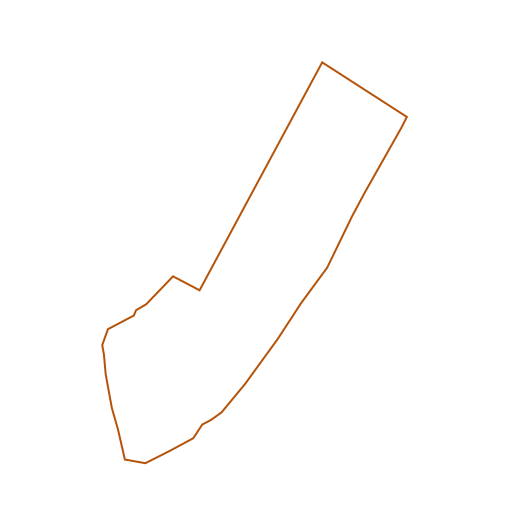 Hauma, Tuvalu, rotated 253°
{"feature_id": "33948139B82290381825110", "entity_name": "Hauma", "entity_type": "district", "adm_level": 2, "iso_a3": "TUV", "parent_name": "Tuvalu", "parent_adm1": "", "projection": "orthographic", "projection_center": [176.112, -5.671], "detail": "fine", "context": "isolated", "style": "outline", "palette": "amber", "viewbox_px": 512, "rotation_deg": 253, "n_neighbors": 0, "source": "geoboundaries", "source_scale": "gbopen_adm2", "svg_char_len": 491}
<svg xmlns="http://www.w3.org/2000/svg" viewBox="0 0 512 512"><g transform="rotate(253 256 256)"><path d="M239.7,192.0L260.8,170.7L242.0,137.0L239.2,125.4L234.8,121.8L229.3,93.0L215.7,82.9L205.8,81.7L187.0,77.7L152.7,73.7L130.4,73.3L99.7,71.1L90.2,89.6L94.9,116.8L100.1,142.8L110.5,155.3L112.5,165.3L116.5,177.3L136.8,208.1L170.7,253.0L197.8,285.4L224.1,320.7L265.9,359.5L285.1,378.8L336.9,433.3L344.9,440.9L421.8,375.9L239.7,192.0Z" fill="none" stroke="#b45309" stroke-width="2"/></g></svg>